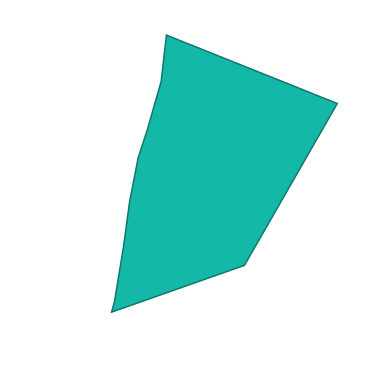 El Arish 1, Shamal Sina', Egypt, rotated 296°
{"feature_id": "37247803B82765364508611", "entity_name": "El Arish 1", "entity_type": "district", "adm_level": 2, "iso_a3": "EGY", "parent_name": "Egypt", "parent_adm1": "Shamal Sina'", "projection": "mercator", "projection_center": [33.823, 31.13], "detail": "fine", "context": "isolated", "style": "filled", "palette": "teal", "viewbox_px": 384, "rotation_deg": 296, "n_neighbors": 0, "source": "geoboundaries", "source_scale": "gbopen_adm2", "svg_char_len": 313}
<svg xmlns="http://www.w3.org/2000/svg" viewBox="0 0 384 384"><g transform="rotate(296 192 192)"><path d="M335.2,283.8L321.8,100.2L320.8,100.6L277.9,115.8L228.0,124.6L199.3,128.6L155.8,140.2L112.9,154.4L60.0,170.2L48.8,172.4L149.1,271.3L335.2,283.8Z" fill="#14b8a6" stroke="#0f766e" stroke-width="1.5"/></g></svg>